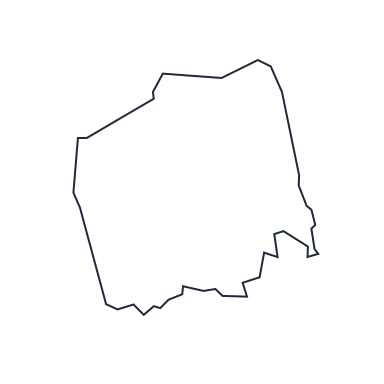 outline of Harrison, West Virginia, United States of America, rotated 242°
{"feature_id": "52423323B15878537434027", "entity_name": "Harrison", "entity_type": "district", "adm_level": 2, "iso_a3": "USA", "parent_name": "United States of America", "parent_adm1": "West Virginia", "projection": "albers", "projection_center": [-80.446, 39.285], "detail": "fine", "context": "isolated", "style": "outline", "palette": "slate", "viewbox_px": 384, "rotation_deg": 242, "n_neighbors": 0, "source": "geoboundaries", "source_scale": "gbopen_adm2", "svg_char_len": 653}
<svg xmlns="http://www.w3.org/2000/svg" viewBox="0 0 384 384"><g transform="rotate(242 192 192)"><path d="M293.2,116.6L247.1,87.0L230.7,85.7L133.3,63.5L123.3,71.1L120.1,87.6L106.2,91.7L109.1,104.8L104.4,109.4L107.9,120.7L106.3,135.4L113.0,139.8L99.2,155.8L95.4,167.1L85.9,170.2L73.8,191.4L88.1,194.1L85.0,211.7L104.6,227.2L94.4,237.0L116.2,244.9L114.5,254.4L89.4,268.7L80.4,263.5L78.1,274.4L84.0,273.4L103.6,280.2L105.1,285.4L120.3,289.1L126.0,286.7L147.7,289.3L156.4,294.4L238.1,318.4L265.9,320.5L277.6,312.1L278.8,271.6L310.2,221.8L298.7,204.5L292.3,202.0L290.7,161.7L289.1,124.6L293.2,116.6Z" fill="none" stroke="#1e293b" stroke-width="2"/></g></svg>